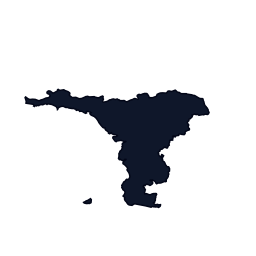 the district of Osa, Puntarenas, Costa Rica, rotated 326°
{"feature_id": "36466004B23652443238408", "entity_name": "Osa", "entity_type": "district", "adm_level": 2, "iso_a3": "CRI", "parent_name": "Costa Rica", "parent_adm1": "Puntarenas", "projection": "orthographic", "projection_center": [-83.568, 8.892], "detail": "fine", "context": "isolated", "style": "filled", "palette": "ink", "viewbox_px": 256, "rotation_deg": 326, "n_neighbors": 0, "source": "geoboundaries", "source_scale": "gbopen_adm2", "svg_char_len": 5904}
<svg xmlns="http://www.w3.org/2000/svg" viewBox="0 0 256 256"><g transform="rotate(326 128 128)"><path d="M142.0,170.9L141.6,169.7L141.3,169.6L141.4,169.2L141.1,168.9L140.0,169.6L140.1,170.0L139.8,170.4L139.1,170.4L138.7,169.9L138.3,168.2L138.8,166.6L139.1,166.4L139.0,165.6L139.7,165.0L141.7,164.9L142.1,164.3L142.9,163.9L144.5,164.6L147.0,164.2L147.2,164.5L148.0,164.6L148.6,165.9L149.2,166.5L149.6,166.5L150.8,165.8L151.2,165.4L152.6,165.3L153.2,163.9L154.8,162.9L155.5,161.7L156.0,161.7L156.6,162.1L157.3,161.8L157.7,162.8L158.4,162.9L158.5,162.1L159.3,161.9L159.8,161.1L160.6,160.8L160.4,159.9L160.6,159.8L161.6,160.0L161.9,160.8L161.9,161.6L162.1,161.8L163.1,161.3L164.2,161.6L165.6,162.4L166.2,162.3L166.4,161.7L167.8,161.9L168.6,163.0L170.8,164.9L172.2,164.6L172.6,163.8L173.1,163.4L174.1,163.1L175.9,163.3L177.7,163.8L178.0,163.3L178.3,163.3L178.5,162.8L178.1,162.3L178.9,160.0L179.3,159.7L179.7,159.8L180.1,159.3L180.0,158.1L180.2,156.6L181.0,156.1L182.5,156.0L183.3,154.9L184.1,154.8L184.6,155.1L187.4,154.6L188.0,154.1L188.3,153.0L189.6,153.5L191.1,153.7L191.9,155.0L193.3,155.6L193.9,157.1L197.3,158.6L198.1,159.4L199.8,159.7L201.4,161.2L202.1,161.3L202.7,161.2L203.9,160.4L204.1,158.4L204.6,157.8L204.8,155.4L204.5,154.8L204.7,153.9L204.4,153.1L204.5,151.4L205.6,148.4L205.8,147.0L206.4,146.0L206.0,145.1L204.7,144.3L203.6,143.0L201.4,138.3L199.9,137.0L199.6,136.3L196.0,133.0L195.5,132.1L192.0,129.8L191.0,128.9L190.5,127.3L189.0,125.9L188.6,123.7L188.3,123.0L184.8,122.2L183.8,121.4L183.3,120.7L181.9,119.8L179.3,120.5L176.3,118.2L174.6,117.2L173.5,116.8L171.0,116.4L169.3,117.6L165.3,116.6L162.6,114.7L163.0,113.2L163.1,110.7L162.8,109.9L161.2,108.7L158.9,107.9L157.3,107.7L156.3,106.6L155.4,106.1L154.1,106.1L153.4,106.6L153.3,108.9L152.9,109.7L151.7,109.4L150.9,108.1L149.7,107.1L147.5,106.9L146.3,106.4L141.8,105.7L141.3,105.3L140.1,103.0L138.3,102.0L136.3,100.4L136.4,99.5L135.7,99.0L135.3,97.9L133.4,97.3L132.2,95.8L130.9,95.2L129.4,94.9L128.5,94.4L126.4,94.4L124.5,94.0L123.5,93.4L122.6,93.3L122.1,92.9L121.8,92.3L122.0,91.5L123.8,90.3L123.8,89.4L125.0,88.0L124.8,87.3L123.0,86.8L121.2,86.7L120.0,86.2L118.1,84.1L117.5,83.1L113.4,80.7L112.2,79.1L110.4,78.3L109.2,78.2L106.1,77.6L103.9,76.4L101.9,73.4L98.8,71.6L97.9,69.1L97.8,67.7L98.9,67.2L99.3,66.2L98.6,64.3L96.6,61.5L96.2,60.4L92.5,58.7L91.7,56.9L91.0,56.9L90.6,57.7L89.2,57.7L86.6,57.5L85.2,57.0L84.3,54.2L83.9,53.6L82.7,52.7L81.0,52.9L80.5,53.5L80.4,54.0L80.6,54.6L81.3,55.4L81.6,57.4L81.0,58.1L79.9,58.4L78.8,58.3L76.8,57.3L73.3,56.7L71.4,56.0L70.1,55.9L69.1,55.3L67.1,52.4L64.9,50.7L62.6,49.5L61.5,47.9L60.5,45.0L59.7,45.2L58.6,48.9L57.3,50.4L62.4,55.1L62.8,55.9L62.8,57.0L62.1,57.1L62.4,57.8L63.4,57.5L64.4,58.5L65.2,58.4L66.6,59.6L67.7,59.4L68.8,60.0L69.2,60.0L70.3,61.1L72.7,61.5L73.6,62.1L74.0,63.2L75.0,63.1L75.6,63.6L78.1,66.0L80.4,69.9L80.4,71.6L80.2,72.5L79.8,73.3L80.1,73.3L80.8,72.6L82.3,72.3L84.5,72.7L86.6,73.8L86.9,74.6L88.0,76.3L89.1,76.9L89.9,77.8L90.0,78.2L92.6,80.7L93.9,81.3L94.1,82.0L95.4,83.5L95.0,84.4L95.5,84.8L96.2,84.8L96.8,85.3L97.2,86.0L97.2,87.2L98.3,87.7L99.3,88.6L100.3,90.9L101.1,92.2L102.1,92.3L102.1,91.3L103.0,91.0L104.5,92.3L105.6,93.7L106.0,94.6L104.7,94.5L104.4,94.9L104.4,95.4L104.7,96.8L106.5,99.7L107.1,102.2L107.2,105.0L106.9,107.4L107.1,110.6L107.5,113.5L108.1,114.5L109.0,114.9L108.4,116.3L108.4,117.3L109.5,120.2L108.9,121.4L109.6,122.6L111.6,122.6L111.5,123.8L111.8,124.4L114.5,127.3L115.0,128.2L115.0,128.6L113.7,128.5L112.6,128.2L111.7,127.2L111.1,126.9L110.4,127.1L109.8,127.8L109.9,131.5L110.5,132.7L111.6,132.6L115.3,134.3L117.4,137.1L118.6,137.8L118.6,138.1L117.4,138.1L116.1,137.6L114.7,137.7L114.0,138.4L113.6,139.7L113.1,140.2L112.9,140.0L112.5,140.1L112.4,141.2L109.9,142.7L108.5,142.7L108.1,142.9L107.5,143.6L106.3,144.0L104.7,146.4L103.1,147.9L103.1,149.2L103.5,149.8L104.1,149.6L105.3,152.2L106.3,152.6L107.9,152.2L108.7,152.9L108.0,153.3L105.6,153.2L104.8,154.1L104.2,154.1L104.1,154.4L104.0,155.2L104.3,155.6L104.9,157.5L105.3,160.7L105.1,161.3L103.9,162.0L103.7,162.4L103.7,165.4L103.4,167.0L102.5,169.2L101.5,170.1L100.3,170.7L99.2,170.8L98.4,169.8L97.6,169.8L95.4,170.6L94.8,170.3L93.9,170.5L92.6,171.4L91.9,171.5L91.4,171.9L90.8,172.0L90.5,172.4L90.4,173.4L89.6,173.8L89.5,174.3L89.6,175.6L89.4,175.8L89.3,176.4L89.9,177.9L89.8,179.6L88.7,180.3L88.1,181.0L86.1,181.5L85.8,181.9L86.0,182.5L86.4,182.7L86.5,183.9L85.4,184.8L85.0,186.5L85.4,188.8L85.2,189.6L85.5,190.1L85.3,190.9L85.9,192.4L88.1,194.4L88.7,194.3L89.1,194.0L89.7,194.5L91.0,194.4L98.8,202.1L102.9,206.6L103.6,206.4L104.5,206.8L104.8,207.4L105.1,207.4L105.8,208.1L106.4,208.2L106.4,208.7L108.1,209.7L109.0,211.0L110.8,210.9L112.0,210.0L112.1,209.7L110.3,208.8L109.9,207.9L108.0,207.0L107.5,206.4L107.1,204.5L107.7,204.4L107.7,204.2L108.6,204.4L108.9,203.9L110.1,203.4L110.3,202.8L110.8,202.5L111.3,201.7L112.3,201.0L113.0,199.9L114.6,199.1L114.8,198.3L114.5,197.9L112.6,196.7L111.1,196.1L109.4,195.9L108.2,195.1L106.7,192.8L105.1,192.0L105.6,190.6L106.2,190.4L107.2,189.2L107.8,189.0L108.1,186.6L107.7,186.0L108.0,185.5L108.0,184.9L108.8,184.5L109.5,184.5L109.7,185.3L111.8,184.9L112.5,185.3L113.0,186.3L113.7,186.9L114.0,187.8L114.6,188.0L116.5,188.0L117.5,187.7L118.0,186.9L118.0,185.7L117.2,184.3L117.1,183.7L117.7,183.7L119.1,184.7L120.6,187.5L120.3,189.4L120.6,190.3L122.0,190.4L124.4,191.9L127.7,192.6L128.7,193.0L129.2,193.6L129.9,193.6L131.1,191.8L131.8,191.8L134.1,190.8L135.1,189.6L135.6,189.4L136.1,188.9L136.0,188.6L136.9,187.0L138.3,186.9L139.7,185.0L139.6,184.3L140.0,183.7L140.0,183.2L139.8,182.7L139.0,182.2L138.7,181.6L138.6,179.1L139.0,177.8L139.1,176.3L138.6,175.4L138.3,174.3L138.9,174.0L139.1,173.1L139.4,172.7L139.4,171.8L140.7,171.6L142.0,170.9ZM51.4,165.1L49.6,164.8L49.6,165.3L50.2,166.3L51.8,167.8L52.8,168.0L53.5,168.9L54.4,168.8L55.0,169.3L55.7,169.1L57.5,166.9L57.4,165.6L54.1,165.5L52.4,165.0L51.4,165.1Z" fill="#0f172a" stroke="#020617" stroke-width="1.5"/></g></svg>